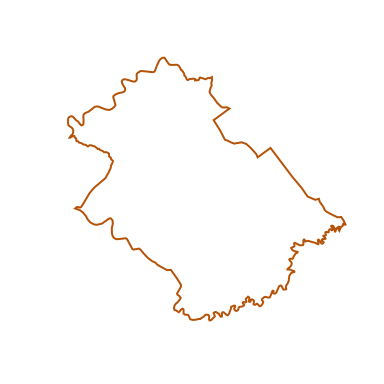 Dong Xoai, Bình Phước, Vietnam (Natural Earth projection), rotated 52°
{"feature_id": "81297802B13642047560711", "entity_name": "Dong Xoai", "entity_type": "district", "adm_level": 2, "iso_a3": "VNM", "parent_name": "Vietnam", "parent_adm1": "Bình Phước", "projection": "natural_earth1", "projection_center": [106.858, 11.515], "detail": "fine", "context": "isolated", "style": "outline", "palette": "amber", "viewbox_px": 384, "rotation_deg": 52, "n_neighbors": 0, "source": "geoboundaries", "source_scale": "gbopen_adm2", "svg_char_len": 6017}
<svg xmlns="http://www.w3.org/2000/svg" viewBox="0 0 384 384"><g transform="rotate(52 192 192)"><path d="M73.8,255.1L74.1,254.8L74.6,251.4L75.5,250.3L76.9,250.8L78.4,250.3L80.4,251.6L80.8,251.5L81.9,250.6L83.3,250.7L85.9,248.8L87.6,248.5L89.1,246.9L92.0,246.0L92.1,244.0L92.3,243.5L93.9,242.1L94.8,241.8L95.7,240.8L98.9,239.9L100.0,239.9L100.3,239.1L100.8,238.6L102.2,238.6L104.8,237.1L106.7,236.7L107.9,234.9L110.1,233.9L110.6,233.9L113.0,235.3L113.6,235.4L114.5,234.9L115.1,234.9L116.0,235.5L118.9,235.2L119.2,235.5L120.5,237.6L121.3,239.5L123.1,241.4L125.7,246.6L126.4,248.7L127.5,250.8L127.8,251.9L128.3,265.3L128.8,269.0L129.9,273.6L134.4,285.2L135.6,288.8L135.5,289.2L134.8,290.3L133.8,290.9L133.0,292.1L133.0,294.2L137.7,291.4L141.2,290.5L145.8,290.4L149.3,291.1L152.6,290.9L154.1,290.6L157.6,288.9L159.4,286.9L161.5,282.3L161.9,273.4L162.9,272.2L165.0,272.1L166.1,272.4L168.4,274.1L171.3,277.6L175.1,280.4L177.7,281.6L180.3,281.7L182.4,280.9L184.3,278.3L187.6,272.7L189.1,272.2L200.2,274.1L201.3,273.6L204.0,268.6L205.8,268.1L211.0,267.9L216.6,267.4L221.9,266.0L225.2,264.3L228.1,264.1L238.1,259.8L240.4,256.6L250.3,257.0L258.2,257.8L260.0,259.3L262.7,266.1L263.7,266.7L265.8,266.1L268.3,266.1L268.8,266.7L269.2,267.6L270.0,271.4L270.1,273.7L270.8,275.8L272.6,277.9L274.4,278.4L275.2,277.5L278.6,276.5L278.6,275.4L278.0,273.9L277.9,272.4L278.3,271.2L278.7,271.0L279.5,271.1L282.6,273.5L284.2,273.1L286.4,270.8L288.1,270.9L290.6,271.7L291.2,271.7L292.2,271.0L293.6,269.8L294.9,267.7L296.4,264.5L297.2,263.7L297.1,261.9L297.5,259.3L297.1,257.7L297.2,256.7L298.1,255.5L298.9,254.8L300.3,254.8L302.8,256.9L303.9,257.3L304.3,257.0L304.6,256.2L304.7,255.3L304.1,250.6L302.1,249.8L300.7,249.5L300.7,248.0L301.2,247.1L302.0,246.7L303.3,246.5L304.2,245.7L306.3,246.2L308.0,246.1L308.5,245.1L307.7,244.3L306.0,243.3L305.6,241.9L306.3,241.1L310.1,240.4L311.1,239.8L311.2,239.5L310.6,237.6L308.0,233.3L306.6,231.8L307.5,228.7L308.2,228.1L308.9,228.5L309.9,230.6L310.6,230.9L311.7,231.0L312.5,230.7L313.0,230.3L313.3,229.5L313.4,228.6L313.1,227.9L311.9,226.4L311.7,225.9L312.0,224.7L313.1,223.0L313.4,221.8L313.3,220.9L313.0,220.4L311.1,220.5L310.4,220.0L310.3,219.6L310.5,219.0L311.8,218.1L312.1,217.2L312.0,216.7L309.5,215.6L309.2,214.5L309.0,212.3L310.4,211.9L311.1,212.2L312.9,214.2L313.8,214.5L314.3,213.9L314.3,213.6L313.3,211.7L313.3,211.3L313.9,210.5L314.6,210.1L316.0,210.3L318.4,212.6L319.2,212.4L319.6,212.0L320.0,209.7L320.3,209.4L323.6,209.0L324.0,208.6L324.1,207.9L324.1,207.3L323.7,205.7L322.9,203.9L322.4,203.5L320.0,203.4L319.5,202.7L319.3,199.9L319.7,198.8L322.0,197.0L322.8,196.1L322.8,195.5L322.5,194.6L319.5,189.5L319.6,188.9L319.9,188.6L320.5,188.9L321.5,190.2L322.1,190.2L322.6,189.9L323.3,188.8L323.3,188.1L322.8,186.8L319.9,181.4L319.9,180.8L320.3,179.6L320.9,179.3L322.6,179.5L323.8,180.0L325.1,180.0L325.7,179.4L326.6,177.8L326.5,177.5L324.6,176.5L323.7,175.3L322.8,172.6L321.9,170.9L318.0,166.9L316.9,163.9L317.0,163.1L318.0,161.0L317.9,160.4L317.3,160.2L316.8,160.4L316.1,161.2L313.7,162.3L311.8,164.4L311.7,164.2L311.4,163.8L311.3,160.2L310.8,158.8L309.7,157.4L308.6,156.9L306.8,157.1L305.2,157.0L304.9,156.3L305.0,155.8L306.5,153.9L306.6,153.4L305.6,152.1L304.4,148.5L304.6,146.0L304.4,145.7L303.9,145.8L301.5,147.9L300.1,148.4L298.4,148.6L297.2,148.3L297.2,147.9L297.9,144.9L297.8,144.6L295.4,143.2L295.2,142.8L295.3,142.3L300.0,140.0L300.6,139.5L302.1,137.5L302.1,136.9L301.7,136.3L298.7,134.1L298.4,133.6L298.4,132.9L299.1,132.7L300.2,133.2L300.8,133.2L301.5,131.2L302.2,130.4L305.5,128.1L307.7,126.3L310.7,124.9L310.9,124.5L310.8,124.2L307.4,122.5L307.3,121.8L307.5,121.5L308.2,121.5L311.9,121.7L312.5,121.5L313.1,120.8L313.1,120.2L312.7,119.2L310.2,119.6L309.5,119.0L309.5,118.0L310.8,116.6L311.0,115.6L310.8,115.3L307.5,115.7L307.3,115.4L308.5,113.6L308.5,113.2L308.2,112.9L306.1,112.0L306.0,111.7L305.9,111.2L306.2,110.6L307.6,109.7L307.8,109.2L307.7,108.8L306.8,108.2L306.4,107.6L306.2,106.3L306.5,105.8L308.2,105.5L308.5,104.8L308.4,104.3L308.0,103.9L304.5,103.3L304.6,102.8L304.9,102.1L305.6,101.7L306.2,101.7L308.1,102.1L309.6,102.7L311.1,103.8L311.4,103.5L311.3,103.0L309.6,100.9L309.6,98.9L309.8,97.5L310.1,97.3L310.8,97.9L311.2,99.4L311.4,99.6L313.3,99.8L312.1,97.7L311.3,95.9L311.5,94.0L310.4,93.2L310.2,92.2L311.8,91.8L312.1,91.1L308.5,90.2L303.6,89.8L301.5,92.9L294.6,96.3L290.2,98.2L288.0,98.5L284.2,97.6L278.3,97.4L275.5,96.2L274.0,99.7L266.8,103.7L256.5,103.1L241.6,103.6L205.6,103.0L205.1,118.9L201.6,118.0L193.3,118.6L187.7,119.6L183.5,122.2L179.8,129.0L177.3,130.5L172.8,132.7L171.1,133.9L161.3,132.0L148.7,130.7L149.3,111.1L146.7,112.4L144.5,115.5L143.3,116.4L137.3,117.3L131.7,117.0L126.7,117.2L123.9,116.5L121.5,113.4L120.1,110.8L118.3,110.0L116.0,107.1L113.6,105.6L113.4,107.8L112.5,108.5L111.9,109.7L111.6,111.8L106.8,115.1L106.6,115.5L106.7,116.0L107.5,116.7L107.8,117.7L107.5,118.6L106.0,120.9L105.6,120.7L105.5,119.9L105.1,119.9L103.6,121.0L101.5,124.4L101.3,126.3L100.9,126.6L100.0,126.8L97.7,126.1L95.5,126.3L94.2,125.4L90.2,124.9L89.8,125.4L88.6,125.4L86.7,124.9L84.7,124.7L83.4,125.0L82.6,125.4L79.0,130.2L77.8,131.3L76.4,131.5L69.3,131.0L68.0,132.7L67.9,133.9L68.0,135.9L68.8,138.0L70.6,141.5L73.4,146.1L73.8,147.0L73.9,148.0L73.6,149.0L67.6,155.1L65.1,157.9L64.7,160.8L64.8,162.1L65.1,163.0L65.7,163.6L69.2,166.1L69.7,166.9L69.9,168.0L69.9,168.9L68.6,170.5L64.1,173.6L62.0,175.3L61.1,176.6L61.0,177.3L61.2,178.6L61.6,179.2L62.4,179.8L65.8,180.6L68.8,180.8L70.3,181.8L70.8,182.4L71.1,183.3L71.0,184.3L70.5,185.9L69.0,188.7L68.0,192.4L68.0,193.8L68.2,195.2L69.3,195.9L75.1,198.2L76.6,199.0L77.1,200.8L77.2,203.3L76.8,205.7L76.0,207.1L73.8,209.2L66.7,213.4L65.7,214.7L65.0,216.5L65.1,220.4L65.0,224.3L64.1,227.2L64.0,228.4L64.3,229.8L65.3,230.9L68.7,233.3L71.5,235.6L71.9,236.3L71.6,238.0L70.5,238.4L66.2,238.4L64.0,239.1L59.5,239.5L58.7,239.8L58.0,240.5L57.4,241.9L57.4,243.1L57.8,244.3L61.5,247.4L63.4,248.3L67.2,247.2L69.0,247.2L70.7,247.8L71.9,249.0L72.7,250.2L73.0,250.9L73.1,252.6L73.8,255.1Z" fill="none" stroke="#b45309" stroke-width="2"/></g></svg>